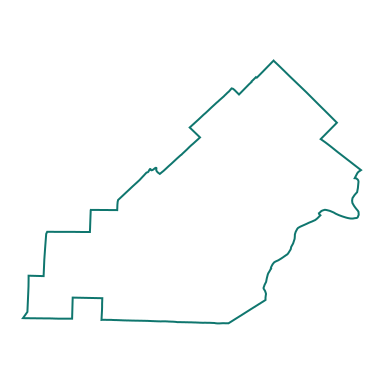 Frasinet, Calarasi, Romania (Robinson projection)
{"feature_id": "2599482B90916905842338", "entity_name": "Frasinet", "entity_type": "district", "adm_level": 2, "iso_a3": "ROU", "parent_name": "Romania", "parent_adm1": "Calarasi", "projection": "robinson", "projection_center": [26.835, 44.326], "detail": "fine", "context": "isolated", "style": "outline", "palette": "teal", "viewbox_px": 384, "rotation_deg": 0, "n_neighbors": 0, "source": "geoboundaries", "source_scale": "gbopen_adm2", "svg_char_len": 3779}
<svg xmlns="http://www.w3.org/2000/svg" viewBox="0 0 384 384"><path d="M23.0,318.1L25.7,318.2L26.5,318.2L36.0,318.3L39.1,318.3L44.3,318.4L49.4,318.4L53.0,318.5L55.6,318.6L61.0,318.7L72.1,318.7L72.6,300.7L72.7,297.6L102.1,298.2L102.3,298.2L102.1,303.9L102.1,307.0L102.0,310.2L101.5,319.9L102.2,319.8L104.3,319.8L109.5,319.9L111.7,319.9L112.9,320.0L117.0,320.1L124.4,320.4L129.1,320.5L132.7,320.6L138.6,320.7L144.3,320.8L148.0,320.9L152.3,321.1L157.6,321.3L160.9,321.4L162.6,321.3L164.7,321.3L166.6,321.4L167.2,321.4L168.2,321.5L170.3,321.6L173.2,321.7L175.9,321.9L177.1,322.1L183.5,322.2L188.1,322.3L191.1,322.3L192.2,322.4L195.9,322.5L198.2,322.6L200.4,322.7L203.4,322.8L204.5,322.7L207.2,322.8L209.8,322.8L211.7,322.9L214.5,323.0L215.4,323.2L216.3,323.3L217.5,323.4L219.3,323.4L222.8,323.2L228.5,323.3L248.5,310.7L251.0,309.1L264.4,300.7L265.5,300.0L265.5,298.8L265.5,297.6L265.8,295.2L266.0,294.0L265.9,293.5L265.6,292.5L265.1,291.0L263.6,288.6L263.6,287.6L264.0,286.6L264.6,284.8L266.1,281.9L266.8,278.3L267.8,274.4L268.4,273.0L269.5,271.3L269.9,270.5L270.3,269.8L270.6,269.3L271.0,268.9L271.1,268.6L270.9,268.5L270.8,268.2L271.2,267.0L271.9,265.6L272.6,264.3L274.1,262.4L275.4,261.6L276.7,261.0L278.3,260.3L281.4,258.4L287.6,254.1L288.4,253.0L290.7,249.3L291.2,246.9L293.1,243.5L294.6,238.9L294.8,236.8L294.9,234.4L295.7,231.8L296.5,230.3L297.3,228.8L298.1,227.9L300.2,226.7L302.0,225.9L306.5,223.9L309.0,222.7L312.0,221.5L315.3,220.0L317.3,218.4L320.4,215.3L319.3,214.3L319.1,213.9L319.0,213.6L318.9,213.3L319.2,213.1L320.7,211.7L321.5,210.9L322.2,210.7L322.8,210.4L324.8,209.8L325.7,209.9L326.8,210.1L329.6,210.8L330.4,211.1L331.1,211.4L333.7,212.5L335.7,213.7L338.8,215.1L342.3,216.4L345.8,217.5L347.7,218.0L349.8,218.4L350.6,218.5L351.8,218.5L353.1,218.5L354.7,218.2L356.6,218.0L357.4,217.6L357.9,216.9L358.3,215.7L358.6,215.1L358.7,214.6L358.6,213.2L358.5,211.9L357.9,210.8L356.7,209.4L355.2,207.5L354.0,205.8L352.4,203.0L352.2,201.4L352.1,200.6L352.3,199.3L352.5,198.1L354.3,195.4L354.5,195.1L355.8,193.6L357.1,192.2L357.9,188.0L358.1,185.8L358.5,181.7L358.2,180.3L357.6,179.5L356.3,178.4L354.7,178.2L357.3,173.2L357.8,172.6L358.5,171.8L359.7,171.0L361.0,170.1L354.0,164.7L342.4,155.7L337.6,152.0L331.0,146.7L328.3,144.6L325.4,142.4L322.3,140.2L320.7,139.1L336.9,122.7L327.8,113.6L318.7,104.6L306.4,92.3L289.5,76.1L279.8,66.6L275.5,62.5L273.9,61.0L273.6,60.6L272.7,61.5L260.4,74.1L256.9,77.6L256.7,77.7L256.4,77.7L255.9,77.2L253.4,79.7L251.5,81.5L251.6,81.9L248.9,84.4L243.9,89.5L239.0,94.5L234.5,90.0L233.0,88.8L231.6,88.4L229.0,91.4L227.4,92.8L226.5,93.7L225.7,94.5L224.4,95.7L224.1,96.1L219.3,100.3L218.5,101.1L216.5,102.8L215.0,104.2L211.4,107.5L205.7,112.9L203.6,114.7L201.7,116.5L198.4,119.6L196.2,121.6L189.7,127.5L200.0,137.4L198.1,139.2L196.2,140.9L195.2,141.8L192.9,143.9L191.1,145.4L190.3,146.2L189.7,146.7L188.9,147.5L188.5,147.9L188.4,148.0L188.2,148.2L186.7,149.7L185.2,151.1L182.1,154.0L181.4,154.8L180.9,155.0L177.1,158.4L171.3,163.8L168.6,166.2L165.6,169.0L163.3,171.1L162.5,171.7L161.3,172.7L159.8,173.9L158.1,172.7L157.1,171.7L156.5,170.8L156.2,169.9L156.3,169.3L156.4,168.4L156.4,168.1L156.2,167.9L155.8,167.8L155.1,168.1L154.3,168.7L153.4,169.5L152.5,170.0L151.9,170.2L151.4,170.3L151.0,170.1L150.5,169.1L150.1,169.0L149.8,169.3L149.4,169.8L149.1,170.4L148.3,171.8L147.8,172.2L146.5,172.6L139.4,180.2L132.7,186.3L118.1,200.0L117.6,202.1L117.6,202.6L117.4,204.7L117.3,207.6L117.2,210.1L90.8,209.9L90.7,210.2L90.7,210.5L90.6,213.5L90.5,215.9L90.1,227.0L90.1,227.5L90.0,229.6L89.9,232.0L82.5,232.0L75.4,231.9L73.0,231.9L66.8,231.9L47.2,231.8L46.2,233.9L45.1,248.3L44.3,259.8L44.0,267.0L43.6,276.1L28.6,275.7L28.6,277.3L28.6,279.1L28.5,286.3L28.3,291.4L27.9,300.6L27.4,311.9L26.7,312.9L23.0,318.1Z" fill="none" stroke="#0f766e" stroke-width="2"/></svg>